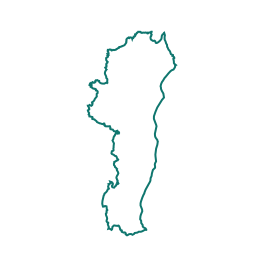 South Pentecost, Penama, Vanuatu, rotated 199°
{"feature_id": "77236927B26807877785061", "entity_name": "South Pentecost", "entity_type": "district", "adm_level": 2, "iso_a3": "VUT", "parent_name": "Vanuatu", "parent_adm1": "Penama", "projection": "albers", "projection_center": [168.224, -15.887], "detail": "fine", "context": "isolated", "style": "outline", "palette": "teal", "viewbox_px": 256, "rotation_deg": 199, "n_neighbors": 0, "source": "geoboundaries", "source_scale": "gbopen_adm2", "svg_char_len": 5932}
<svg xmlns="http://www.w3.org/2000/svg" viewBox="0 0 256 256"><g transform="rotate(199 128 128)"><path d="M77.6,37.6L77.7,38.0L78.8,38.8L81.1,39.1L82.0,39.7L82.6,41.1L84.5,42.4L85.4,44.6L86.8,45.7L87.5,48.6L87.6,50.3L87.4,53.9L88.2,55.6L90.9,58.8L91.6,60.9L91.8,62.7L91.8,66.9L91.6,69.7L91.3,71.3L91.4,72.4L91.3,75.4L89.7,84.5L89.7,85.6L90.3,87.9L90.1,90.3L90.6,92.9L90.8,96.5L89.5,99.2L89.7,100.0L90.8,102.3L90.9,103.5L90.6,105.6L92.8,110.2L93.5,111.9L94.7,117.7L94.8,121.6L95.4,124.8L95.5,124.8L96.4,126.2L98.9,128.0L99.8,129.2L100.7,131.3L101.6,138.9L102.3,140.0L106.5,145.1L107.3,147.6L107.3,152.2L107.0,156.9L105.0,165.7L103.9,168.5L105.8,172.1L108.2,174.2L109.5,175.7L110.1,177.1L110.8,178.1L111.0,180.7L110.8,182.7L110.4,183.9L109.6,187.6L109.3,188.0L107.5,192.9L106.3,195.6L105.4,196.9L104.0,198.1L103.4,200.6L103.5,201.8L103.8,202.4L103.2,203.1L105.1,203.8L105.7,204.3L106.5,206.3L107.7,208.2L107.6,208.7L107.0,209.0L107.2,209.7L107.7,210.1L108.8,210.5L109.1,211.3L109.6,210.9L109.8,211.5L110.3,211.7L111.4,211.8L112.3,212.8L112.5,213.3L113.8,214.6L115.2,215.3L116.8,217.1L117.1,217.2L117.6,217.9L118.2,219.3L119.5,220.4L120.7,222.1L122.1,223.5L123.0,225.8L123.3,227.7L124.8,229.8L125.0,229.5L125.2,228.2L125.8,227.6L126.0,226.0L125.5,223.9L125.5,222.8L126.2,220.9L127.3,219.0L128.4,217.8L128.9,217.6L129.5,217.6L130.5,218.9L131.4,219.2L132.2,218.7L132.9,218.5L135.1,219.1L135.6,219.7L136.3,221.2L136.3,222.3L136.0,222.5L136.1,224.1L136.5,224.2L137.2,225.0L136.9,226.2L137.0,226.7L137.4,226.6L137.9,225.8L139.5,224.9L139.6,224.4L140.0,223.9L140.4,223.8L141.0,224.4L141.7,224.0L142.5,224.0L143.3,223.5L144.3,223.3L145.7,222.5L146.1,222.4L146.3,222.7L147.4,222.5L147.7,222.9L149.7,222.3L149.8,221.7L150.3,221.3L150.4,220.7L150.7,220.6L151.0,219.1L151.8,218.8L151.7,218.4L151.2,217.9L151.2,217.5L151.6,216.5L152.4,216.3L152.3,214.7L153.0,214.2L153.0,213.7L153.5,214.4L153.9,214.6L155.4,214.4L156.1,213.3L156.4,213.3L156.5,213.9L156.8,213.9L157.9,212.5L158.3,211.4L158.2,210.5L157.7,209.9L157.8,208.8L157.4,208.2L158.2,205.4L159.0,204.4L160.2,203.6L160.5,203.0L161.0,202.8L161.6,202.2L162.7,201.7L162.7,200.7L163.7,200.0L164.0,199.3L164.7,198.8L164.9,198.1L165.9,197.5L166.6,197.1L167.6,197.0L168.1,196.4L168.6,196.3L168.8,196.0L169.2,196.1L169.5,196.5L170.7,196.4L171.8,195.5L172.5,195.3L172.4,194.7L172.0,194.7L171.9,193.5L171.3,193.3L170.5,191.9L170.6,191.5L171.5,191.2L170.9,190.5L170.3,190.4L170.8,189.7L170.3,189.6L170.2,188.8L170.4,188.3L171.4,187.3L171.4,186.8L170.7,185.1L169.6,184.3L169.2,183.7L168.8,183.8L168.7,183.4L168.7,183.1L169.2,182.3L169.4,181.5L169.1,181.1L169.2,180.7L168.9,180.0L168.5,179.8L168.3,178.8L169.1,177.9L169.2,177.7L167.8,176.6L167.6,176.1L167.4,176.1L167.9,174.4L167.9,173.1L167.5,171.8L165.4,169.6L164.8,168.2L163.7,167.7L163.3,167.1L162.5,164.2L161.6,163.5L163.2,163.9L164.9,162.2L166.5,161.7L167.7,161.5L168.8,161.6L169.8,162.0L170.8,162.7L170.8,163.1L172.0,163.0L172.5,163.3L172.8,163.2L173.3,162.8L174.0,162.6L174.3,161.6L173.8,161.1L174.3,160.1L175.0,159.6L176.4,159.9L176.8,159.3L177.0,158.3L176.7,158.0L176.6,157.2L177.2,156.5L177.9,156.5L178.4,156.8L178.4,156.0L176.8,155.6L176.4,155.7L176.6,154.7L175.8,154.5L175.3,154.7L174.9,154.3L173.6,153.9L173.0,154.2L172.2,154.1L171.8,154.3L170.9,154.1L170.6,153.1L169.5,153.2L168.6,152.7L168.1,151.2L168.7,150.2L168.3,148.7L167.8,147.9L168.0,146.8L168.3,146.3L168.9,144.3L168.9,143.1L169.7,141.3L170.3,140.8L170.3,140.1L169.4,139.4L169.5,138.7L169.3,138.3L169.4,137.8L170.0,137.0L171.9,137.3L172.4,136.3L173.2,136.0L173.0,135.7L172.2,135.4L171.9,134.8L171.1,134.1L171.2,133.6L170.7,132.9L171.7,131.6L170.9,130.5L169.6,129.5L169.6,127.9L168.7,127.6L168.3,126.4L165.3,126.8L165.0,126.6L164.8,125.7L164.9,125.2L164.7,124.9L162.5,125.2L161.8,124.8L160.0,124.2L159.2,123.5L156.1,123.2L155.5,123.4L154.5,123.3L153.0,123.5L152.2,124.5L151.9,124.5L151.7,123.9L151.3,123.8L150.9,123.3L151.0,122.8L150.3,122.7L150.1,122.3L149.8,122.3L146.7,123.3L145.8,123.8L144.8,122.7L144.7,121.8L144.2,121.2L141.8,121.5L140.3,120.4L139.3,120.6L138.7,120.4L138.1,120.7L137.9,121.4L137.2,121.9L136.9,121.5L136.4,121.4L135.9,121.0L135.1,121.0L134.8,120.4L134.9,119.8L135.3,119.8L136.2,119.2L136.6,119.5L137.8,118.7L138.1,117.4L138.0,116.7L138.4,116.1L138.3,115.6L138.6,114.8L138.3,112.5L138.6,111.2L136.3,108.9L135.7,106.1L135.3,105.1L135.2,104.0L134.4,102.2L134.5,101.8L135.7,100.8L135.4,98.7L134.8,98.2L132.7,98.0L131.4,97.4L130.0,97.5L129.3,96.9L128.6,95.9L127.0,94.9L127.3,94.0L128.2,93.6L128.4,93.0L129.0,92.5L129.4,91.8L129.9,91.5L130.0,91.3L129.6,90.7L129.7,89.6L129.1,88.3L128.0,87.7L127.5,86.8L126.4,86.5L125.5,85.9L125.0,85.7L125.1,85.0L124.6,84.3L123.5,83.5L122.4,82.1L122.5,80.3L122.8,79.6L122.9,77.7L122.7,77.0L121.8,76.1L121.6,75.5L120.8,75.1L120.5,74.5L120.6,73.1L120.5,72.8L119.9,72.8L119.6,73.0L119.0,72.4L119.3,71.8L120.7,70.8L120.5,70.0L120.8,69.1L121.3,68.6L121.6,67.2L122.6,66.9L123.9,67.2L124.4,68.1L124.4,68.4L123.9,69.2L124.3,70.7L125.1,71.0L125.6,71.5L127.4,71.5L126.9,70.9L126.6,69.9L127.8,68.9L127.4,68.8L127.8,67.9L127.7,65.9L126.3,64.4L127.2,63.4L127.2,61.5L127.3,61.8L127.7,60.3L128.9,58.3L128.7,57.3L129.0,56.3L128.4,50.7L127.7,48.0L126.1,45.5L125.2,45.8L124.7,46.5L123.7,46.9L122.8,46.9L121.5,44.1L121.0,43.9L120.8,43.4L121.3,42.7L121.2,42.3L120.6,40.8L121.0,40.1L121.0,39.6L120.2,38.2L119.0,36.9L118.2,35.5L118.1,34.5L118.2,33.9L117.9,32.8L116.8,32.0L115.9,32.1L115.7,31.7L115.9,31.2L115.6,30.1L113.9,28.1L113.8,26.3L113.0,26.9L110.4,26.3L110.1,27.2L110.5,29.5L109.5,31.3L108.9,31.5L107.8,31.6L105.9,32.1L105.4,32.6L105.0,32.6L104.1,32.0L103.8,31.5L102.6,30.2L102.5,29.7L101.8,29.1L100.6,29.2L100.4,29.0L100.4,28.1L100.1,27.8L97.9,27.7L97.2,28.2L96.7,28.2L95.8,27.7L95.6,26.7L94.0,26.2L93.4,26.7L92.5,27.9L91.7,28.3L90.6,28.8L89.0,28.5L87.8,29.8L87.5,30.9L85.0,32.2L84.1,33.4L81.9,34.2L80.7,35.2L79.0,37.1L77.6,37.6ZM177.7,157.1L177.6,157.8L178.0,158.2L178.2,157.9L177.7,157.1Z" fill="none" stroke="#0f766e" stroke-width="2"/></g></svg>